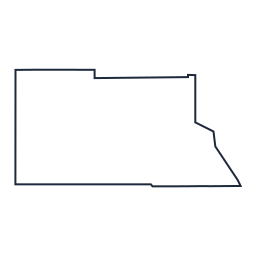 Archuleta, Colorado, United States of America (Robinson projection)
{"feature_id": "52423323B32025627866130", "entity_name": "Archuleta", "entity_type": "district", "adm_level": 2, "iso_a3": "USA", "parent_name": "United States of America", "parent_adm1": "Colorado", "projection": "robinson", "projection_center": [-106.855, 37.208], "detail": "fine", "context": "isolated", "style": "outline", "palette": "slate", "viewbox_px": 256, "rotation_deg": 0, "n_neighbors": 0, "source": "geoboundaries", "source_scale": "gbopen_adm2", "svg_char_len": 400}
<svg xmlns="http://www.w3.org/2000/svg" viewBox="0 0 256 256"><path d="M15.5,69.9L15.4,184.3L29.0,184.3L126.5,184.3L150.8,184.3L152.5,186.3L179.2,186.3L196.0,186.2L199.2,186.1L206.5,186.1L209.1,186.2L235.2,186.0L240.6,186.0L237.8,180.2L215.3,146.4L213.5,131.5L195.3,122.4L195.3,75.1L188.0,74.9L188.0,77.1L94.6,78.1L94.6,69.8L39.4,69.7L15.5,69.9Z" fill="none" stroke="#1e293b" stroke-width="2"/></svg>